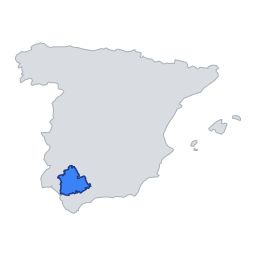 Sevilla highlighted on a map of Spain
{"feature_id": "ESP-5844", "entity_name": "Sevilla", "entity_type": "Autonomous Community", "adm_level": 1, "iso_a3": "ESP", "parent_name": "Spain", "parent_adm1": "", "projection": "orthographic", "projection_center": [-5.672, 37.516], "detail": "fine", "context": "in_parent", "style": "filled", "palette": "blue", "viewbox_px": 256, "rotation_deg": 0, "n_neighbors": 0, "source": "natural_earth", "source_scale": "10m", "svg_char_len": 6001}
<svg xmlns="http://www.w3.org/2000/svg" viewBox="0 0 256 256"><path d="M134.8,49.6L134.8,50.4L136.2,51.8L140.1,52.5L141.1,53.0L141.0,55.0L140.1,56.8L141.0,57.5L141.9,57.4L143.0,56.0L143.3,56.9L145.1,57.6L149.1,59.0L151.8,59.1L154.8,62.0L159.4,61.2L163.8,63.9L167.6,63.0L168.6,63.5L174.6,63.2L174.8,60.8L175.4,59.7L186.2,62.4L187.6,64.4L187.5,65.4L188.2,67.8L189.6,67.6L192.2,66.0L196.0,67.4L197.0,68.8L197.8,68.9L200.4,67.2L207.8,68.3L208.0,67.1L208.5,66.8L211.4,65.4L212.7,65.1L216.6,65.5L217.2,66.8L218.0,67.3L218.5,68.5L216.3,69.4L216.2,71.5L217.8,73.1L218.3,76.1L214.8,80.3L204.1,87.9L200.7,92.1L192.4,94.8L183.9,98.4L179.0,104.0L180.4,104.4L182.1,106.0L181.6,106.9L179.4,108.2L177.4,108.7L173.9,115.5L169.0,122.5L167.2,125.7L163.5,133.7L163.6,136.0L166.1,143.7L167.5,145.6L169.3,147.3L172.6,148.5L173.5,149.9L172.4,151.4L169.4,154.0L163.9,157.6L161.7,160.4L161.3,162.9L159.7,164.1L159.3,167.7L157.2,172.7L157.2,174.0L159.0,175.6L157.3,176.8L148.5,177.7L143.3,181.8L140.7,185.3L138.4,191.7L135.5,195.5L134.2,196.3L132.1,194.7L129.5,194.6L127.0,195.2L125.7,196.5L123.7,197.3L121.6,196.8L117.3,196.5L115.3,196.7L112.3,197.8L109.7,197.1L105.3,196.9L95.8,197.9L94.6,198.3L90.4,202.6L85.8,202.7L81.6,204.5L78.8,208.6L78.3,210.9L77.5,210.3L76.8,210.5L76.5,212.2L73.6,213.3L70.3,211.9L67.6,209.8L66.2,209.7L63.9,206.5L62.9,204.4L62.2,202.2L62.2,200.7L60.2,199.8L59.7,197.7L61.2,195.1L63.2,193.7L61.3,193.8L60.0,195.5L58.3,192.8L51.5,187.4L51.9,185.5L50.7,186.9L49.9,187.3L46.4,187.0L42.3,187.6L40.8,178.6L41.9,175.5L46.5,169.4L49.3,168.6L50.5,165.5L47.9,165.6L43.9,159.5L45.1,153.8L49.2,149.6L49.9,147.9L50.1,146.4L49.3,145.2L47.1,144.6L44.9,140.1L44.5,137.3L42.6,135.7L41.2,132.9L42.5,132.5L48.2,132.6L49.6,131.9L50.7,130.0L51.8,127.0L52.1,125.1L49.9,122.4L49.9,121.9L50.2,121.0L53.6,118.1L53.0,115.9L53.6,111.2L53.3,108.5L53.0,106.3L51.9,103.4L52.6,102.2L54.4,101.3L55.9,98.9L58.0,97.0L60.7,95.4L63.8,92.0L63.3,90.5L62.3,89.6L58.4,88.9L58.2,88.2L58.2,84.5L57.2,83.0L55.8,83.1L53.7,82.4L53.2,82.9L50.5,82.7L48.6,82.0L47.8,82.6L47.5,83.9L44.3,85.2L42.5,85.1L39.6,83.9L36.3,84.2L35.9,83.9L33.0,85.3L32.0,85.4L30.9,83.5L32.5,80.8L31.3,78.3L30.4,78.2L25.0,79.9L21.9,82.2L20.7,82.5L20.2,82.0L20.2,78.6L23.6,75.0L21.5,74.7L21.7,73.6L23.0,71.9L21.8,70.6L21.9,66.9L19.0,68.0L18.3,67.8L18.3,66.3L20.2,63.3L18.3,62.9L17.0,61.8L15.4,59.2L15.4,58.0L16.5,55.0L19.0,53.6L21.5,51.6L24.8,52.1L29.8,50.5L31.5,49.6L31.5,48.4L31.0,47.4L31.5,46.6L35.6,44.1L38.0,43.9L40.5,42.7L42.2,43.6L43.6,43.3L45.2,44.3L47.4,46.6L50.6,47.5L53.1,46.9L66.2,46.8L70.0,45.7L72.9,47.1L78.4,47.7L81.8,48.8L91.1,50.6L94.5,50.6L101.2,48.6L103.1,49.0L105.8,48.1L107.1,48.2L108.8,49.5L114.8,51.1L116.3,49.6L117.5,49.2L121.8,50.0L126.2,51.7L128.4,51.7L131.7,51.1L134.8,49.6ZM221.4,123.4L223.1,124.0L224.7,123.1L225.6,123.3L226.6,123.5L226.9,124.9L224.0,132.1L221.2,134.2L218.2,133.0L216.5,132.8L215.9,132.3L215.3,130.1L214.5,129.5L213.3,129.3L211.2,131.2L210.4,130.1L209.3,130.0L208.9,129.3L208.8,128.4L215.3,122.5L217.1,121.2L221.2,119.4L221.9,119.6L221.4,120.4L222.1,121.1L221.4,123.4ZM240.6,118.6L240.2,120.6L234.8,118.6L233.1,118.5L232.6,118.2L232.6,116.2L236.0,115.6L238.9,116.3L240.6,118.6ZM194.4,144.9L193.9,146.3L191.3,146.1L190.7,145.6L191.1,144.0L191.8,143.7L191.8,142.7L192.5,141.5L196.1,140.3L197.0,141.0L197.2,142.1L195.2,144.6L194.4,144.9ZM197.4,150.2L197.0,150.5L194.2,150.4L194.0,149.6L194.5,148.3L195.7,149.4L197.3,149.5L197.4,150.2Z" fill="#d9dde1" stroke="#a8b0b8" stroke-width="1"/><path d="M62.9,193.9L63.0,193.9L63.5,193.3L63.2,193.5L62.8,193.7L62.3,193.7L62.0,193.4L61.2,193.7L61.0,193.9L60.3,193.2L60.7,192.1L60.3,190.7L60.3,190.4L60.3,190.2L60.4,189.9L60.7,189.4L60.8,189.3L60.8,188.6L61.0,187.9L60.8,186.6L60.8,186.3L61.0,185.7L61.1,185.4L60.9,185.1L60.4,184.5L60.3,184.3L60.5,184.1L60.7,183.8L60.8,183.6L60.6,183.0L60.7,182.8L60.9,182.7L61.3,182.6L61.5,182.5L61.5,182.3L61.5,182.1L60.8,180.8L60.5,179.7L60.0,179.1L60.1,178.5L59.3,178.0L58.2,178.1L57.8,177.8L57.8,177.3L57.9,177.1L58.3,176.8L58.9,175.8L59.2,175.6L61.6,174.9L62.4,175.0L62.6,175.1L62.6,175.5L62.8,175.7L63.1,175.7L63.3,175.6L63.3,175.4L63.3,174.5L63.5,174.2L63.8,174.1L64.5,174.3L64.9,174.1L64.5,173.1L64.8,171.8L64.7,171.7L64.3,171.7L64.1,171.8L63.9,171.1L64.1,170.9L64.6,170.5L65.1,170.2L66.4,170.0L66.7,170.0L67.5,169.8L67.7,169.7L67.9,169.6L68.1,169.4L68.2,169.2L68.3,168.9L68.6,168.5L68.6,168.3L68.6,168.2L68.5,167.9L68.4,167.7L68.5,167.4L68.6,167.1L68.8,167.0L69.2,166.7L69.4,166.6L69.5,166.5L69.6,166.2L69.9,165.9L70.4,165.8L71.6,165.6L71.8,165.6L72.0,165.8L72.3,166.1L72.4,166.3L72.3,166.5L72.1,166.7L71.9,166.7L71.8,166.8L71.7,166.9L71.7,167.1L71.8,167.7L71.9,167.8L72.1,167.8L72.4,167.8L72.8,167.5L73.1,167.1L73.3,167.0L73.6,166.8L74.3,166.8L74.3,167.2L75.8,168.8L76.1,170.2L77.1,171.1L77.2,171.4L77.2,172.3L77.4,172.7L77.6,172.9L78.2,173.3L78.4,173.5L78.4,174.1L78.5,174.4L78.6,174.5L79.1,174.8L79.0,176.4L77.7,176.4L77.3,177.0L77.5,177.9L77.8,178.3L78.5,178.4L79.6,178.0L81.1,177.0L81.3,177.2L81.8,177.2L82.2,177.1L82.3,177.0L82.6,176.6L83.6,176.2L84.0,176.1L84.4,176.3L84.8,176.6L85.1,177.0L85.2,177.5L85.3,177.7L85.2,178.0L85.3,178.1L85.6,178.4L85.7,178.5L85.7,178.9L85.6,179.9L85.5,180.3L86.1,180.9L86.5,181.6L86.5,182.1L87.1,182.7L87.6,183.9L88.3,184.5L88.7,184.5L89.6,183.8L89.9,183.9L90.2,184.2L90.3,185.1L90.5,185.6L90.6,186.1L89.4,186.0L89.2,186.3L89.5,187.0L89.4,187.4L89.1,187.7L88.5,188.2L88.1,188.3L87.4,187.5L87.2,187.5L87.0,187.9L86.8,188.1L86.7,188.1L85.9,187.8L85.7,187.8L85.4,188.0L85.5,188.3L86.3,188.8L86.0,189.3L82.1,191.7L81.5,192.4L81.1,192.7L80.7,192.9L80.4,192.9L80.2,192.8L79.4,191.5L79.2,191.4L77.1,192.9L76.9,192.9L76.7,192.7L76.7,192.3L77.0,191.6L77.1,191.3L77.0,191.0L76.7,190.9L76.3,190.8L76.0,190.9L75.9,191.1L75.8,191.3L75.9,192.1L75.9,192.4L75.7,192.8L75.4,193.2L75.0,193.4L74.6,193.6L74.3,193.5L73.3,192.7L72.8,192.6L72.4,192.9L72.0,193.6L70.4,193.6L69.7,193.8L69.3,194.1L69.1,194.6L68.9,195.3L68.0,195.1L67.4,195.2L65.1,194.9L64.2,194.3L62.9,193.9Z" fill="#3b82f6" stroke="#1e3a8a" stroke-width="1.5"/></svg>